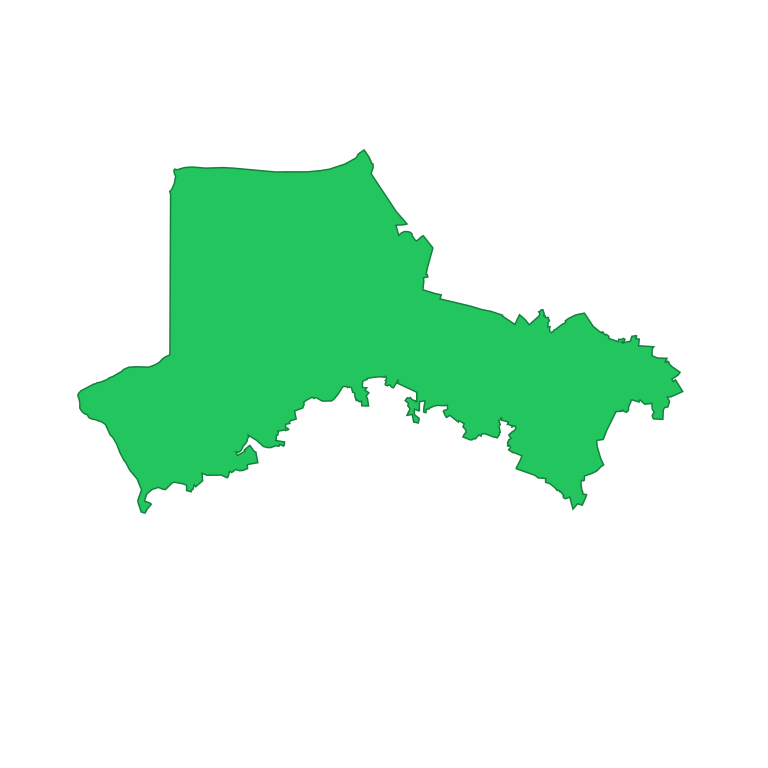 the district of Los Córdobas, Córdoba, Colombia, rotated 22°
{"feature_id": "7082276B12628358742837", "entity_name": "Los Córdobas", "entity_type": "district", "adm_level": 2, "iso_a3": "COL", "parent_name": "Colombia", "parent_adm1": "Córdoba", "projection": "albers", "projection_center": [-76.259, 8.823], "detail": "fine", "context": "isolated", "style": "filled", "palette": "green", "viewbox_px": 768, "rotation_deg": 22, "n_neighbors": 0, "source": "geoboundaries", "source_scale": "gbopen_adm2", "svg_char_len": 6170}
<svg xmlns="http://www.w3.org/2000/svg" viewBox="0 0 768 768"><g transform="rotate(22 384 384)"><path d="M543.3,243.2L536.0,248.0L530.6,254.1L528.4,257.5L529.4,259.1L526.8,262.0L522.6,269.2L521.6,269.9L521.5,271.1L520.1,273.7L518.1,273.2L516.7,270.5L516.5,268.6L514.3,269.5L513.2,265.3L513.7,263.2L511.6,261.7L511.5,260.8L508.8,261.8L507.6,260.2L506.4,260.7L506.2,258.8L503.5,255.6L501.9,256.4L501.6,258.1L500.4,259.1L502.1,260.3L502.4,262.6L496.5,274.6L490.3,271.2L483.7,269.0L483.0,279.7L468.3,276.7L468.2,275.8L455.8,276.6L446.5,278.4L435.9,279.3L404.1,284.1L403.7,279.9L397.3,281.0L384.7,282.1L382.7,274.6L380.9,270.6L384.5,268.4L383.1,266.3L382.0,266.6L380.7,259.9L378.4,239.6L364.9,231.8L363.5,233.4L360.8,239.1L358.8,238.8L354.8,236.1L353.5,234.2L351.1,233.5L348.0,234.1L345.6,235.2L343.6,237.4L342.0,240.7L335.6,232.3L342.4,229.1L345.4,227.0L330.7,219.5L293.3,193.9L292.9,187.4L291.6,184.5L290.9,183.9L289.7,184.1L288.0,181.8L286.1,180.7L286.1,179.9L277.9,174.4L274.4,179.7L273.8,181.2L273.7,184.0L272.9,185.5L265.4,194.7L252.9,205.3L245.1,210.0L233.3,216.1L203.5,228.2L163.8,240.2L153.8,243.6L137.7,250.7L125.0,254.6L118.5,257.8L114.1,261.0L113.9,261.6L111.3,263.0L109.4,263.2L109.2,264.7L111.0,267.6L113.0,269.3L114.5,276.9L114.3,283.4L113.1,285.7L114.9,287.7L174.6,437.2L171.4,440.4L169.2,443.7L167.7,447.8L164.6,452.0L159.6,456.5L147.9,460.8L141.0,464.1L136.9,468.3L136.3,470.2L129.8,478.6L126.7,481.5L126.0,483.1L120.7,488.3L117.6,490.3L116.4,491.9L114.8,492.9L105.4,504.1L104.2,507.7L104.6,509.6L107.1,512.4L109.1,515.6L111.0,520.3L113.9,522.5L117.1,523.7L120.6,523.7L122.2,525.2L123.8,525.9L127.6,525.8L129.2,525.2L137.1,525.0L140.9,525.9L149.2,533.8L152.4,535.0L158.8,540.0L164.6,546.3L171.6,552.3L173.9,553.5L180.6,559.2L190.5,564.4L198.8,572.9L199.4,584.3L200.9,586.7L206.8,593.6L210.5,593.3L210.9,593.0L211.2,589.1L213.3,582.6L211.2,582.1L206.0,582.3L205.5,580.1L205.3,574.7L208.5,568.7L213.5,564.4L218.1,564.4L220.9,563.8L224.6,555.2L226.6,553.5L235.6,551.8L238.3,551.8L239.0,552.1L240.9,556.7L245.5,556.2L245.5,554.2L246.3,553.3L245.8,548.6L247.9,549.8L252.1,541.6L248.7,534.9L254.1,534.9L267.2,529.4L273.7,529.7L274.2,528.6L273.6,522.9L275.8,523.1L277.0,521.7L277.7,519.7L279.0,518.7L282.6,518.5L285.6,517.0L289.2,513.5L287.4,509.9L296.5,504.2L290.6,495.0L289.3,495.3L282.6,491.2L279.1,497.6L280.3,498.4L274.9,505.1L272.0,502.2L274.6,502.0L276.5,499.2L276.8,493.6L277.7,492.4L278.5,488.1L277.9,486.5L278.3,483.8L277.3,482.3L287.1,484.0L295.7,487.1L299.8,486.6L302.9,485.3L306.9,481.7L309.9,481.1L309.8,479.1L314.1,479.2L314.4,477.7L313.5,475.0L304.6,477.0L304.6,474.9L303.4,471.8L304.6,471.3L304.0,467.5L302.8,467.7L309.7,463.6L310.3,464.0L312.6,461.9L311.2,461.0L309.3,461.6L307.9,458.2L311.4,455.9L310.6,455.3L310.9,453.2L315.7,449.4L311.2,442.5L317.6,436.7L317.7,433.4L316.5,431.0L318.5,427.7L322.3,423.2L324.6,423.7L325.1,422.4L326.9,422.1L333.0,423.0L341.7,419.4L343.4,416.6L345.2,410.8L346.7,402.4L347.8,401.2L349.5,400.8L350.2,400.1L351.5,401.0L352.7,399.7L353.7,399.9L354.4,399.5L355.7,400.1L356.7,401.8L357.4,402.0L357.9,403.4L359.6,403.2L360.8,404.2L361.4,406.2L364.3,409.5L364.5,408.8L365.0,409.3L366.2,408.9L366.9,409.6L368.3,409.5L369.6,408.4L371.6,412.6L377.9,410.1L374.2,403.8L372.0,401.9L373.3,397.8L368.7,396.8L369.4,394.0L366.9,395.0L365.0,394.9L363.3,389.9L364.0,388.5L366.7,386.0L366.4,385.1L372.0,381.6L377.3,378.9L382.0,377.5L382.8,376.1L384.6,378.1L383.8,380.3L385.3,381.2L385.0,383.1L385.6,384.4L387.8,384.4L389.5,382.6L392.4,384.1L394.2,384.0L395.7,374.4L396.2,378.2L417.5,379.4L421.0,388.2L419.9,388.5L419.8,387.8L416.3,388.1L413.4,386.7L413.2,387.6L410.8,388.0L409.8,391.4L414.0,392.8L414.1,395.2L416.6,396.7L417.5,398.0L417.0,404.5L421.6,401.7L425.8,408.2L430.4,407.3L429.6,402.8L423.6,400.9L421.6,395.9L426.3,395.9L426.0,395.1L426.6,395.0L423.5,387.2L427.5,384.6L428.5,384.4L429.5,389.8L431.2,395.0L432.0,395.3L433.6,394.8L432.6,391.7L435.4,390.0L435.3,389.2L439.2,385.3L441.7,383.8L448.1,381.5L450.5,379.9L452.4,383.2L451.3,384.7L449.2,386.3L449.4,387.3L453.3,390.9L454.5,391.6L456.9,388.4L467.0,391.4L466.7,390.5L467.0,390.0L473.2,390.7L473.2,394.1L476.7,395.8L478.2,397.7L477.3,400.3L477.0,403.5L484.8,403.5L486.7,402.7L487.9,400.8L489.2,400.8L491.2,395.6L493.5,396.0L493.3,394.2L493.8,393.4L496.2,392.3L506.4,392.1L507.5,391.4L509.1,391.6L510.0,387.6L509.2,386.2L509.9,385.3L506.5,379.9L507.0,378.0L504.1,375.0L505.3,373.4L505.1,371.6L506.0,371.6L506.0,372.7L506.5,373.5L513.5,372.6L513.5,375.3L515.1,374.7L516.7,375.1L518.4,374.4L518.7,376.0L521.1,373.8L523.0,375.7L522.3,378.3L520.6,380.6L518.8,384.5L522.1,386.8L520.7,388.9L520.6,392.3L521.5,393.1L521.5,394.8L522.6,395.1L523.3,394.1L525.0,395.2L524.2,398.4L529.3,399.4L529.6,398.9L538.7,398.9L538.9,403.5L538.1,412.4L538.5,413.0L558.1,412.1L562.2,413.3L569.4,411.0L569.8,411.2L569.6,412.1L570.7,414.6L575.3,414.3L580.7,415.9L584.6,417.9L586.5,417.0L587.8,418.2L588.7,417.9L592.4,420.1L592.2,420.9L593.1,422.1L595.0,422.5L598.6,419.3L606.1,429.2L608.4,422.5L613.2,422.1L613.5,413.3L613.3,410.7L609.4,411.5L608.9,409.9L606.9,407.7L604.1,402.9L603.3,400.7L603.4,399.2L605.4,399.0L605.7,397.9L604.3,394.2L609.7,389.6L613.7,385.2L616.3,379.1L618.0,376.7L612.8,371.9L605.1,362.1L602.7,357.5L602.9,356.3L608.0,353.3L607.9,343.5L609.5,322.6L614.4,320.4L614.2,319.5L615.4,318.8L615.8,319.5L619.5,319.4L620.5,316.8L619.4,313.7L619.6,308.0L619.0,306.4L620.5,305.7L627.2,305.2L627.2,302.8L633.4,305.1L639.6,301.6L642.1,306.8L645.1,309.2L644.5,311.7L644.7,313.2L646.9,315.4L655.8,312.3L652.6,303.3L653.1,300.6L655.8,299.0L655.4,293.3L651.6,290.0L654.7,288.5L663.8,279.1L652.6,270.9L651.4,273.5L649.1,271.8L653.4,265.5L654.1,262.2L644.7,260.1L640.5,258.4L640.5,257.3L638.4,256.6L637.4,258.5L636.4,258.2L636.7,254.2L627.9,257.4L622.0,257.4L620.0,252.5L619.7,250.2L620.2,248.4L605.7,253.2L603.9,246.8L600.4,247.5L600.3,244.8L599.9,244.6L596.0,246.9L596.3,252.2L593.2,254.1L590.4,256.5L588.7,256.3L590.7,254.4L590.8,252.5L589.1,251.9L587.4,253.8L584.9,254.6L585.3,257.0L576.6,257.5L575.3,257.4L574.7,255.6L571.4,254.7L571.0,255.6L568.5,254.9L568.0,253.8L566.7,254.0L566.8,255.0L564.3,254.7L556.2,252.1L543.3,243.2Z" fill="#22c55e" stroke="#15803d" stroke-width="1.5"/></g></svg>